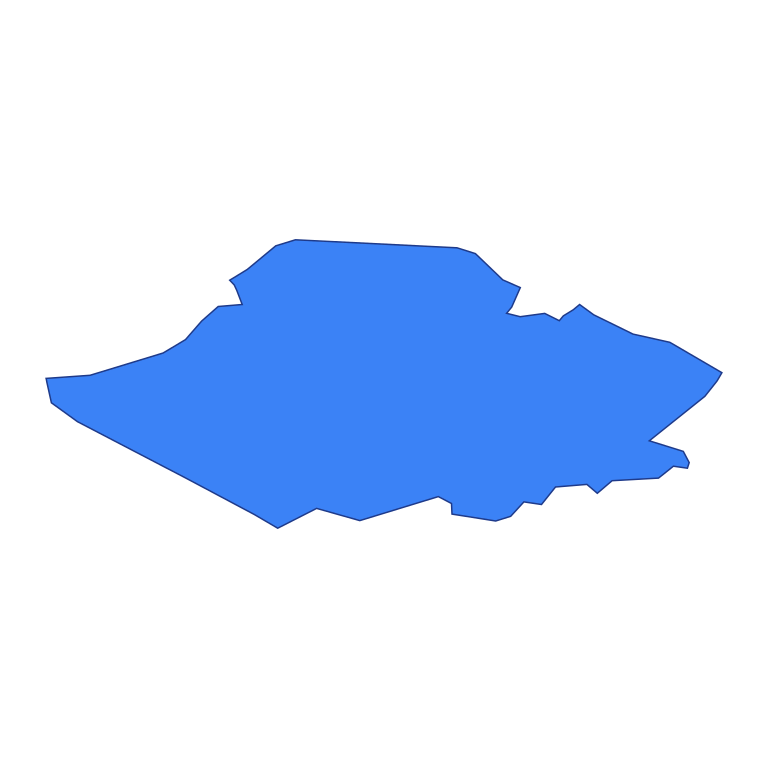 an SVG outline of East Lothian
{"feature_id": "GBR-2022", "entity_name": "East Lothian", "entity_type": "Unitary District", "adm_level": 1, "iso_a3": "GBR", "parent_name": "United Kingdom", "parent_adm1": "", "projection": "equal_earth", "projection_center": [-2.666, 55.943], "detail": "fine", "context": "isolated", "style": "filled", "palette": "blue", "viewbox_px": 768, "rotation_deg": 0, "n_neighbors": 0, "source": "natural_earth", "source_scale": "10m", "svg_char_len": 833}
<svg xmlns="http://www.w3.org/2000/svg" viewBox="0 0 768 768"><path d="M46.1,378.4L90.0,375.3L163.1,353.0L185.5,339.6L201.6,321.1L218.2,306.5L242.2,304.5L236.7,290.2L234.2,284.9L229.7,280.2L247.2,269.5L275.8,245.8L295.4,239.8L457.0,247.8L475.4,253.6L502.8,279.9L520.3,287.6L511.7,307.1L506.6,313.3L520.2,316.7L544.7,313.4L559.3,320.7L563.3,315.9L573.2,309.8L579.6,304.5L593.7,314.8L633.0,334.1L669.8,342.3L721.9,372.7L717.4,380.4L716.8,381.3L704.9,396.3L649.3,440.8L683.3,451.4L689.2,462.6L687.4,468.2L673.4,466.2L658.5,478.1L612.1,480.7L597.3,493.3L586.9,484.4L555.5,487.0L541.5,504.5L523.9,501.9L510.7,516.3L495.7,521.0L452.0,514.1L451.5,503.5L438.3,496.6L359.8,520.6L316.6,508.4L277.7,528.2L254.3,514.5L186.6,478.5L77.5,421.7L51.4,402.8L46.9,382.4L46.2,378.7L46.1,378.4Z" fill="#3b82f6" stroke="#1e3a8a" stroke-width="1.5"/></svg>